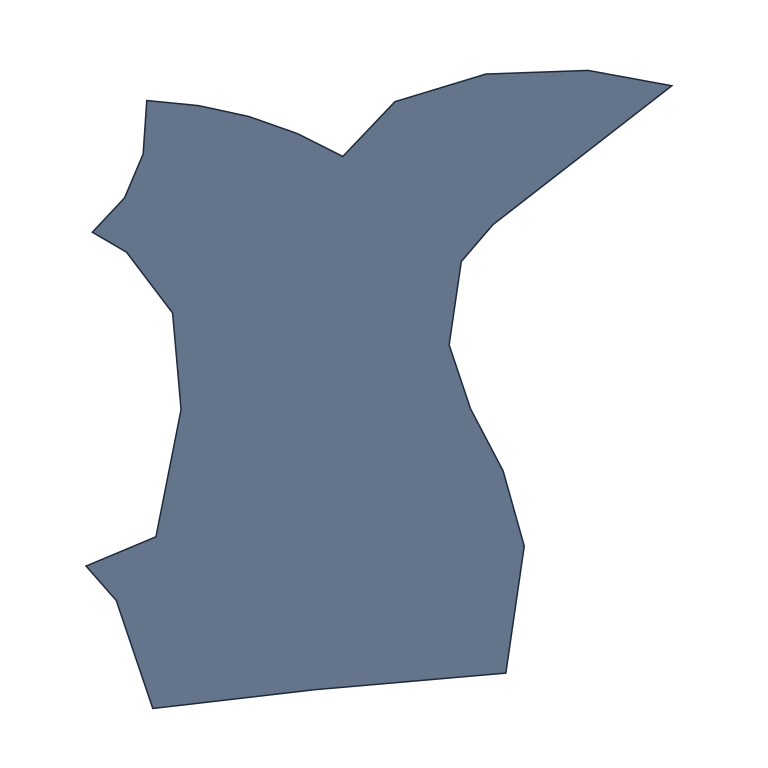 an SVG outline of Saint George, rotated 175°
{"feature_id": "GRD-5072", "entity_name": "Saint George", "entity_type": "Parish", "adm_level": 1, "iso_a3": "GRD", "parent_name": "Grenada", "parent_adm1": "", "projection": "mercator", "projection_center": [-61.72, 12.057], "detail": "fine", "context": "isolated", "style": "filled", "palette": "slate", "viewbox_px": 768, "rotation_deg": 175, "n_neighbors": 0, "source": "natural_earth", "source_scale": "10m", "svg_char_len": 503}
<svg xmlns="http://www.w3.org/2000/svg" viewBox="0 0 768 768"><g transform="rotate(175 384 384)"><path d="M661.3,560.6L626.2,592.1L603.9,634.1L595.6,687.1L544.5,677.5L495.2,662.2L448.5,641.0L405.2,614.3L348.5,664.3L255.5,683.9L153.4,678.6L71.3,656.0L261.5,533.3L296.3,499.3L315.7,417.3L299.9,351.6L272.9,287.0L258.4,210.3L287.8,85.4L480.1,85.5L642.6,80.9L669.6,191.7L696.7,228.6L624.5,251.7L588.4,376.2L588.4,473.1L629.0,537.7L661.3,560.6Z" fill="#64748b" stroke="#1e293b" stroke-width="1.5"/></g></svg>